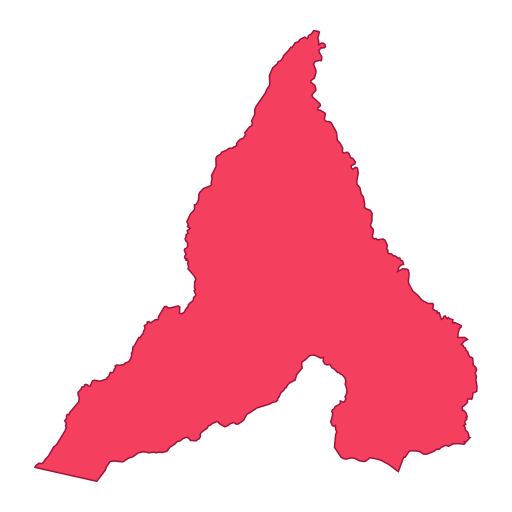 São José do Rio Claro, Mato Grosso, Brazil (Mercator projection)
{"feature_id": "56859067B99749673428904", "entity_name": "São José do Rio Claro", "entity_type": "district", "adm_level": 2, "iso_a3": "BRA", "parent_name": "Brazil", "parent_adm1": "Mato Grosso", "projection": "mercator", "projection_center": [-56.788, -13.44], "detail": "fine", "context": "isolated", "style": "filled", "palette": "rose", "viewbox_px": 512, "rotation_deg": 0, "n_neighbors": 0, "source": "geoboundaries", "source_scale": "gbopen_adm2", "svg_char_len": 6044}
<svg xmlns="http://www.w3.org/2000/svg" viewBox="0 0 512 512"><path d="M464.0,444.2L465.1,443.3L464.3,441.7L466.0,441.9L470.1,437.6L468.6,436.8L468.8,435.3L467.6,431.9L465.5,430.3L465.1,427.4L463.7,425.4L465.7,424.6L464.6,421.4L466.9,419.1L466.0,417.6L467.3,416.8L466.1,413.1L463.8,410.4L462.4,410.5L462.2,406.6L463.8,406.0L466.8,403.2L467.6,401.8L467.3,400.5L467.8,398.9L471.6,399.2L472.4,397.7L472.9,393.1L476.7,391.4L477.0,386.2L475.8,379.8L476.5,376.6L475.2,373.2L476.7,369.5L475.8,367.4L473.2,365.0L472.7,358.2L471.2,357.1L469.5,356.8L467.5,351.5L466.0,350.4L465.5,348.1L463.8,347.0L463.0,345.3L461.4,344.6L464.2,341.2L467.6,339.4L464.6,337.4L457.9,337.5L458.0,333.3L459.6,328.4L461.2,327.0L461.3,325.6L455.1,322.6L452.6,323.0L452.9,319.7L449.7,318.8L448.3,317.5L447.1,318.7L445.1,315.9L443.7,316.5L443.0,318.5L441.4,319.4L439.2,312.7L437.3,313.2L437.2,311.3L434.0,310.0L432.8,308.6L433.4,305.3L432.9,303.5L428.1,303.5L422.1,300.3L417.7,295.2L412.9,291.3L408.7,283.5L408.4,281.2L409.1,273.6L408.2,269.9L406.9,269.1L402.6,268.8L397.7,271.4L399.2,266.6L402.3,264.5L403.6,264.4L402.6,261.0L400.8,260.2L399.7,258.0L397.6,258.0L396.1,256.3L392.8,255.5L391.9,254.1L390.6,253.7L389.0,253.8L387.6,252.5L388.0,250.7L386.7,248.9L387.3,245.2L384.9,240.1L383.2,239.0L377.4,239.8L376.0,238.5L374.1,238.8L373.0,238.0L372.3,236.4L373.5,230.8L373.0,229.0L371.0,226.7L370.5,225.1L371.9,220.8L372.1,213.4L370.4,210.4L365.9,208.6L364.5,207.3L364.6,203.4L363.3,196.9L361.2,193.8L359.8,187.4L357.0,184.4L356.8,181.0L358.3,173.0L357.4,167.9L355.6,167.3L352.6,169.2L351.2,167.7L351.4,165.6L354.9,163.9L355.4,162.0L352.6,158.2L350.4,157.7L349.2,153.8L347.7,152.4L346.2,152.3L344.2,153.2L342.4,152.0L342.7,148.2L340.2,143.3L337.4,140.4L336.5,132.5L335.6,130.7L331.3,122.9L329.5,121.6L326.6,121.5L325.1,120.6L324.4,119.1L325.3,114.4L325.0,113.1L320.3,110.2L317.9,109.9L317.6,108.0L320.4,105.9L319.9,103.7L312.7,97.2L311.9,94.9L315.8,90.4L315.7,88.1L314.7,85.3L310.8,82.2L311.1,80.4L314.4,78.2L316.0,72.2L316.0,70.6L313.6,64.2L314.4,62.4L315.6,61.3L319.1,60.5L321.4,60.6L321.9,57.2L319.1,52.0L319.0,50.4L320.8,48.1L324.6,47.7L325.5,46.7L325.0,44.7L323.6,43.3L321.4,43.0L318.7,44.8L318.7,41.1L317.8,38.2L319.4,32.0L317.7,31.2L313.7,30.7L311.4,33.9L308.4,35.7L308.2,37.3L307.0,38.7L304.7,37.1L300.3,39.3L298.1,41.8L295.2,42.7L292.2,47.4L290.8,47.2L288.9,50.1L283.7,55.5L282.8,57.9L280.6,60.9L278.3,61.6L277.4,63.7L272.7,67.9L269.4,75.4L269.8,83.4L269.4,85.7L266.6,89.7L265.4,92.9L256.1,106.4L254.8,109.5L254.8,114.4L251.6,121.0L252.4,123.5L251.5,125.9L249.2,127.2L244.7,132.9L245.5,134.9L243.5,138.1L240.2,139.3L238.6,140.8L236.7,143.3L236.6,145.4L235.2,146.6L233.5,147.1L232.4,148.2L229.2,148.2L226.1,150.4L221.7,152.2L220.4,154.3L216.7,156.5L215.9,158.8L216.1,166.4L211.5,175.5L212.1,179.0L211.2,182.4L211.5,184.6L210.6,185.7L203.4,188.6L199.8,192.3L198.9,194.3L198.5,199.9L197.6,202.0L196.3,204.2L194.4,204.9L194.6,208.5L194.1,210.1L190.4,214.0L186.9,221.7L188.4,225.1L187.4,226.6L190.2,228.3L187.1,230.8L188.1,233.3L186.0,234.7L186.1,236.5L185.1,238.8L185.8,241.1L187.1,241.9L187.6,243.3L187.6,245.2L187.2,247.6L184.7,249.1L184.3,250.4L186.0,254.3L184.9,255.9L184.6,257.7L185.4,258.8L186.8,258.8L186.0,260.2L187.7,260.6L188.5,261.7L187.6,263.3L188.6,266.8L188.0,268.8L194.1,275.7L196.0,279.5L194.7,281.5L194.5,287.8L195.3,289.5L194.1,290.6L195.9,294.9L195.2,296.3L193.7,297.3L193.0,300.9L190.1,302.8L188.4,304.7L187.9,306.9L186.4,308.3L184.3,312.0L182.5,313.4L180.9,313.7L179.5,313.1L179.8,307.1L178.1,305.9L171.0,307.8L168.4,308.0L166.0,306.3L164.3,306.8L158.7,316.3L158.1,319.7L155.4,319.6L150.8,322.9L149.1,321.7L147.3,321.9L147.2,323.7L144.3,325.8L145.1,328.3L143.4,331.7L143.1,333.8L141.5,335.3L140.3,337.6L139.0,337.3L134.1,346.1L132.9,347.0L132.5,351.8L131.5,353.0L131.7,355.0L130.7,358.8L128.5,361.8L125.1,363.1L124.0,364.4L119.7,365.3L116.6,365.0L115.2,365.9L115.6,367.5L114.5,368.7L113.6,371.5L112.3,372.9L110.3,372.3L109.2,375.5L105.9,379.3L99.7,381.2L94.3,380.2L92.5,380.9L90.3,385.8L88.2,386.4L87.6,384.9L86.3,384.4L84.7,384.8L84.3,386.4L81.9,387.1L81.1,389.1L78.0,392.5L78.1,395.0L79.2,397.4L78.8,401.8L69.3,413.1L68.9,414.8L67.2,414.5L66.5,415.8L66.7,417.5L65.9,419.5L64.7,420.6L66.4,424.0L65.5,425.7L66.3,427.4L64.9,431.1L56.5,444.8L53.7,446.9L48.3,456.3L45.1,459.6L43.7,462.0L41.8,463.6L39.1,463.2L36.0,465.4L35.0,467.4L96.7,481.3L105.3,470.2L106.5,466.8L110.0,461.6L113.8,461.0L122.8,461.9L128.6,458.1L133.0,456.7L138.1,453.0L142.3,451.9L146.4,452.0L148.4,452.8L153.8,452.2L156.3,452.8L158.2,452.2L162.2,452.5L166.9,451.3L170.0,447.1L174.7,444.2L177.2,441.6L180.0,440.9L183.1,438.5L186.8,437.2L188.5,438.1L190.6,440.5L196.3,440.8L197.3,439.6L199.0,439.0L200.3,436.8L200.2,434.6L201.0,432.6L207.5,427.9L208.2,425.9L209.9,425.4L213.1,423.0L214.5,422.8L216.2,421.6L217.9,421.9L219.5,423.7L224.8,426.8L228.1,425.5L229.9,423.9L233.7,422.5L236.4,424.2L238.3,424.0L243.5,420.4L246.9,414.2L249.4,413.0L257.0,407.9L269.4,404.1L272.4,402.4L276.1,401.6L277.6,400.2L277.7,398.4L279.0,397.1L280.7,393.0L283.5,390.5L284.8,388.3L286.1,387.7L288.0,384.4L289.6,383.0L295.1,380.1L296.7,374.6L302.2,368.0L301.6,363.4L302.1,361.8L304.9,360.1L308.6,356.5L310.3,355.4L312.7,355.0L315.5,355.5L320.6,358.1L323.5,357.4L323.1,361.2L324.8,363.9L326.8,364.9L329.9,364.5L332.0,367.9L333.8,368.6L337.7,372.5L339.5,372.6L340.3,374.0L342.0,374.6L344.9,377.8L345.8,381.1L345.2,384.2L346.9,389.4L346.8,393.2L345.0,397.0L345.9,398.9L344.5,401.7L343.3,402.2L340.3,401.0L340.4,402.9L339.2,404.4L335.2,406.6L334.1,408.8L332.3,410.0L331.7,411.4L332.8,412.9L331.8,418.9L330.6,421.6L332.3,425.5L333.7,426.2L335.5,425.5L335.5,428.8L336.7,431.8L335.6,435.0L334.5,447.4L341.1,457.3L343.6,458.7L346.0,459.1L351.1,457.9L354.4,458.2L359.3,460.7L362.9,461.4L365.3,461.4L370.1,457.7L377.8,459.2L381.3,460.4L388.7,464.4L398.3,471.6L403.6,457.3L405.3,457.1L408.9,451.7L410.5,450.7L417.5,451.1L419.5,451.5L423.6,454.1L427.0,454.1L434.4,451.1L436.2,449.4L439.2,449.2L441.5,447.2L445.6,445.3L448.5,446.3L453.2,443.8L458.3,443.6L464.0,444.2Z" fill="#f43f5e" stroke="#9f1239" stroke-width="1.5"/></svg>